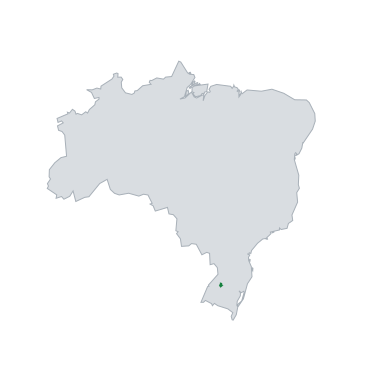 Boa Vista do Cadeado, Rio Grande do Sul, Brazil shown in context, rotated 345°
{"feature_id": "56859067B11597481085294", "entity_name": "Boa Vista do Cadeado", "entity_type": "district", "adm_level": 2, "iso_a3": "BRA", "parent_name": "Brazil", "parent_adm1": "Rio Grande do Sul", "projection": "orthographic", "projection_center": [-53.842, -28.628], "detail": "fine", "context": "in_parent", "style": "filled", "palette": "green", "viewbox_px": 384, "rotation_deg": 345, "n_neighbors": 0, "source": "geoboundaries", "source_scale": "gbopen_adm2", "svg_char_len": 4492}
<svg xmlns="http://www.w3.org/2000/svg" viewBox="0 0 384 384"><g transform="rotate(345 192 192)"><path d="M101.6,86.4L105.4,88.9L110.1,87.0L111.6,88.7L114.2,85.8L120.7,82.6L122.1,79.9L126.2,78.2L126.6,76.6L121.9,76.4L120.7,69.8L116.7,65.9L122.1,67.5L127.0,67.0L130.5,68.9L131.5,66.2L143.9,62.2L146.6,59.9L146.5,57.9L150.1,57.6L151.2,58.5L150.0,61.9L153.3,62.7L154.3,65.4L152.1,67.6L151.1,73.2L153.4,79.0L159.2,82.2L161.8,81.5L163.0,79.6L165.3,79.9L171.9,76.6L180.3,77.4L179.1,74.9L180.4,73.3L182.0,73.9L187.5,72.7L193.7,75.6L196.3,74.2L202.2,75.2L213.1,62.2L214.8,63.6L218.6,75.8L220.4,77.8L224.1,79.0L224.5,82.1L218.3,87.9L214.4,89.8L209.3,98.0L204.4,99.1L209.6,99.4L217.3,95.3L218.7,100.7L220.8,102.4L228.7,100.8L226.4,106.8L229.5,102.1L233.1,99.4L234.9,100.3L235.7,99.5L235.0,97.3L237.5,94.8L243.6,94.5L256.7,99.9L257.6,102.3L259.4,100.8L262.5,102.9L263.3,104.9L261.7,106.2L262.4,107.0L264.0,105.7L264.4,107.1L262.9,108.3L261.9,112.4L263.9,110.8L265.5,107.8L265.7,110.1L271.6,107.7L285.1,112.6L295.8,113.4L306.2,120.4L315.1,129.5L326.3,132.7L328.4,136.0L330.9,148.0L329.4,155.4L324.7,162.5L312.0,173.5L312.0,172.5L309.4,178.1L305.3,182.7L303.5,183.3L302.3,180.8L301.1,181.8L299.2,187.2L299.5,203.4L296.6,212.5L296.7,216.2L293.0,219.7L291.4,229.1L282.6,240.1L281.9,245.6L277.0,247.3L274.4,251.7L268.4,251.3L267.2,249.4L266.6,251.3L257.3,251.0L257.6,252.6L251.5,256.0L248.1,255.7L242.0,258.5L234.4,263.9L232.9,266.6L231.6,265.5L231.1,266.7L229.4,266.1L231.5,267.9L229.7,269.6L229.0,272.7L230.0,279.5L228.0,289.4L221.8,295.0L214.0,308.5L206.9,314.6L206.8,312.6L211.8,310.1L216.3,302.6L216.4,301.3L213.5,302.0L211.8,299.6L212.7,302.0L211.8,304.8L207.4,309.3L206.0,313.0L206.4,315.0L203.0,322.0L198.6,326.4L197.7,325.8L197.7,322.2L200.2,319.1L196.3,314.1L187.5,308.5L184.8,305.4L182.3,307.1L182.0,304.9L176.9,300.2L174.6,301.5L172.1,300.9L182.6,287.4L184.0,287.4L183.7,286.2L195.8,278.2L196.9,271.6L194.7,266.9L190.7,266.9L193.1,255.8L190.6,254.1L185.3,255.2L182.6,243.6L178.2,241.7L174.9,243.2L167.8,241.8L168.7,234.2L166.3,228.2L168.3,226.8L166.4,225.2L170.5,214.0L168.1,209.1L164.1,207.2L164.3,200.5L151.6,200.9L150.9,195.3L148.4,192.8L150.6,192.6L148.7,183.5L144.6,181.6L139.6,182.2L130.5,176.8L120.9,176.0L116.8,173.2L113.8,168.4L113.3,157.8L105.1,159.9L91.2,169.9L87.0,169.4L77.3,171.1L77.4,160.2L72.8,164.5L66.4,165.8L64.8,162.6L59.1,162.9L60.6,159.7L53.1,151.1L54.9,149.1L54.5,146.5L58.7,142.8L57.9,140.4L60.0,133.5L67.1,128.2L74.3,124.9L80.1,125.0L83.8,104.1L82.1,99.9L79.1,97.9L79.2,93.3L85.5,91.9L84.4,89.6L80.6,90.1L80.7,86.0L92.4,84.4L92.3,82.7L94.1,84.0L97.9,81.2L99.9,83.6L100.1,86.8L101.6,86.4ZM222.0,90.2L235.4,91.9L232.2,98.8L229.8,98.8L229.3,100.0L227.3,99.4L225.2,101.1L220.1,100.9L218.2,97.3L219.6,96.5L218.0,95.2L219.1,91.1L222.0,90.2ZM210.4,98.4L212.5,93.4L214.6,92.7L214.5,95.8L210.4,98.4ZM225.7,87.8L224.4,89.7L221.3,89.1L221.8,88.0L225.7,87.8ZM221.1,85.6L220.5,89.4L219.2,89.0L221.1,85.6ZM227.8,90.4L225.9,90.5L225.0,90.1L227.4,89.1L227.8,90.4ZM219.0,90.2L217.0,91.4L216.2,90.7L217.6,89.6L219.0,90.2ZM222.7,86.9L221.7,86.1L223.3,85.4L223.5,86.1L222.7,86.9ZM221.6,77.1L220.4,77.3L220.2,75.9L221.3,75.9L221.6,77.1ZM230.3,283.7L230.0,282.2L230.9,281.0L231.1,281.4L230.3,283.7ZM252.6,255.5L252.7,257.1L251.5,256.7L252.6,255.5ZM230.1,273.7L229.6,272.8L230.4,272.0L230.7,272.4L230.1,273.7ZM263.6,109.9L262.8,111.3L263.6,109.3L263.6,109.9ZM302.8,183.4L301.5,183.7L302.4,182.6L302.8,183.4ZM260.6,251.9L259.3,252.3L259.0,252.0L259.9,251.3L260.6,251.9ZM300.5,186.0L300.0,186.8L299.7,186.2L300.5,186.0ZM260.1,99.6L260.2,100.4L259.8,100.2L260.1,99.6Z" fill="#d9dde1" stroke="#a8b0b8" stroke-width="1"/><path d="M194.9,289.3L195.0,289.3L194.9,289.4L194.9,289.5L195.0,289.5L194.9,289.6L195.0,289.7L194.9,289.7L195.0,289.7L195.0,289.8L195.0,290.0L194.9,290.0L195.0,290.2L195.0,290.3L195.0,290.2L194.9,290.2L194.9,290.3L195.0,290.4L195.1,290.5L195.3,290.5L195.5,290.5L195.5,290.4L195.5,290.5L195.6,290.4L195.8,290.4L195.8,290.5L196.0,290.4L196.3,290.3L196.3,290.2L196.4,289.9L196.5,289.9L196.4,289.8L196.5,289.8L196.5,289.7L196.6,289.8L196.5,289.7L196.5,289.4L196.4,289.4L196.5,289.4L196.6,289.2L196.5,288.9L196.4,288.8L196.4,288.7L196.2,288.7L196.3,288.5L196.4,288.4L196.5,288.4L196.5,288.5L196.7,288.4L196.7,288.2L196.4,288.0L196.4,287.9L196.2,287.8L196.2,288.0L195.9,288.1L195.9,288.3L195.7,288.3L195.6,288.5L195.6,288.4L195.5,288.5L195.4,288.6L195.5,288.8L195.4,288.8L195.3,289.0L195.2,289.0L195.0,289.3L194.9,289.3Z" fill="#22c55e" stroke="#15803d" stroke-width="1.5"/></g></svg>